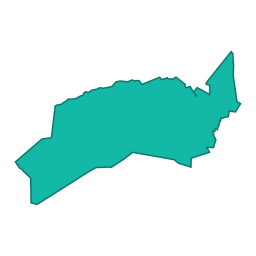 the district of Santiago Suchilquitongo, Oaxaca, Mexico
{"feature_id": "50627088B38659893203172", "entity_name": "Santiago Suchilquitongo", "entity_type": "district", "adm_level": 2, "iso_a3": "MEX", "parent_name": "Mexico", "parent_adm1": "Oaxaca", "projection": "albers", "projection_center": [-96.898, 17.231], "detail": "fine", "context": "isolated", "style": "filled", "palette": "teal", "viewbox_px": 256, "rotation_deg": 0, "n_neighbors": 0, "source": "geoboundaries", "source_scale": "gbopen_adm2", "svg_char_len": 2822}
<svg xmlns="http://www.w3.org/2000/svg" viewBox="0 0 256 256"><path d="M31.0,202.8L32.3,203.1L37.1,204.4L48.1,197.4L49.0,196.9L89.3,171.3L95.9,167.6L107.3,167.1L108.0,167.0L111.2,167.4L124.2,158.9L132.7,152.3L150.2,155.4L162.2,157.5L174.3,159.7L178.3,163.2L184.6,165.1L191.0,167.1L191.0,164.5L191.3,158.2L193.4,157.5L203.7,154.1L207.2,153.0L209.6,152.2L206.8,147.5L213.5,147.5L214.6,143.9L215.4,141.1L215.9,139.7L215.2,138.4L214.0,136.0L212.8,131.4L213.1,131.4L214.9,131.5L215.2,128.9L217.4,129.7L217.6,128.7L218.3,126.5L218.5,125.0L219.0,125.0L219.3,122.8L219.5,122.8L219.8,121.0L220.5,121.2L220.7,119.8L220.8,119.8L220.9,117.9L222.7,118.1L224.5,117.4L228.2,116.7L228.6,115.2L228.6,114.9L228.7,114.7L228.7,114.4L228.8,113.9L229.2,111.1L234.6,111.8L235.5,112.0L237.2,108.9L240.6,103.7L237.0,101.7L235.5,91.6L233.2,75.4L233.6,65.1L233.0,58.1L232.9,53.7L231.2,51.6L218.3,67.7L206.3,82.7L206.0,84.1L209.8,85.5L209.5,94.5L204.1,91.4L201.2,89.8L197.1,87.7L194.8,90.6L194.3,91.2L194.0,91.2L194.0,91.9L194.0,92.3L197.1,96.5L196.7,96.2L195.4,94.9L195.2,94.7L194.9,94.3L194.7,94.2L194.5,93.9L194.4,93.7L194.3,93.4L194.2,93.2L193.5,92.0L193.5,91.9L193.3,91.6L192.7,90.9L191.6,89.0L190.4,86.7L189.5,86.7L189.1,86.7L188.8,86.7L188.2,87.1L187.6,87.4L186.8,87.5L186.2,87.5L185.5,87.3L185.3,86.7L185.1,85.9L185.1,85.2L185.1,84.5L185.1,84.3L176.0,77.1L173.8,78.5L173.9,78.9L173.8,79.0L173.6,79.0L173.1,79.2L172.8,79.2L172.7,79.3L172.4,79.3L172.2,79.4L171.9,79.1L171.4,78.9L171.2,78.8L170.9,78.9L170.5,78.9L170.0,78.9L169.8,79.0L169.6,79.0L169.4,79.0L168.9,78.9L168.5,78.8L168.4,78.8L168.1,78.7L167.7,78.6L167.5,78.4L167.4,78.1L167.1,78.0L167.1,77.9L166.2,78.2L162.1,79.5L161.9,79.4L161.4,79.5L159.8,77.2L142.1,84.4L141.4,83.6L140.4,82.4L139.2,80.7L137.8,80.6L136.1,80.7L134.7,81.0L133.8,80.6L133.6,80.5L132.9,80.1L132.2,80.1L131.0,80.4L129.0,81.2L128.7,81.9L120.1,81.0L117.5,81.5L116.0,81.9L114.5,83.4L113.4,84.8L112.7,86.1L111.7,86.6L111.2,86.6L109.9,86.8L109.0,87.2L108.1,87.4L106.4,87.7L104.7,88.0L102.9,88.3L101.6,87.9L100.6,87.8L99.2,88.0L98.1,88.5L97.6,89.0L95.0,89.6L93.2,89.7L92.2,90.2L91.5,90.4L90.8,90.6L90.1,91.3L89.5,91.8L88.7,92.4L87.9,92.4L85.6,91.8L84.7,92.2L84.3,92.7L83.8,93.4L83.2,94.6L82.3,95.6L81.6,95.8L80.6,95.9L79.4,96.6L78.7,97.1L77.9,97.4L77.5,97.5L77.2,98.1L76.9,98.3L76.2,98.5L75.6,98.4L75.0,98.6L74.1,99.0L73.4,99.0L72.4,99.0L71.2,99.3L70.4,99.1L69.8,99.0L67.7,99.4L67.3,99.6L66.9,100.4L66.8,100.6L62.3,103.4L61.9,103.8L61.3,104.1L60.9,104.4L60.3,104.5L59.6,104.6L58.9,104.6L58.3,104.7L57.6,104.7L57.1,105.0L56.7,105.3L56.1,105.8L55.2,105.9L52.4,129.2L51.4,137.7L42.1,138.9L15.4,161.9L19.5,168.0L21.4,169.1L22.2,169.7L22.8,170.5L24.0,171.9L25.6,173.3L28.9,176.4L30.7,178.2L30.8,181.1L30.7,182.4L31.0,192.2L30.9,194.9L31.0,196.5L31.0,197.9L31.0,202.8Z" fill="#14b8a6" stroke="#0f766e" stroke-width="1.5"/></svg>